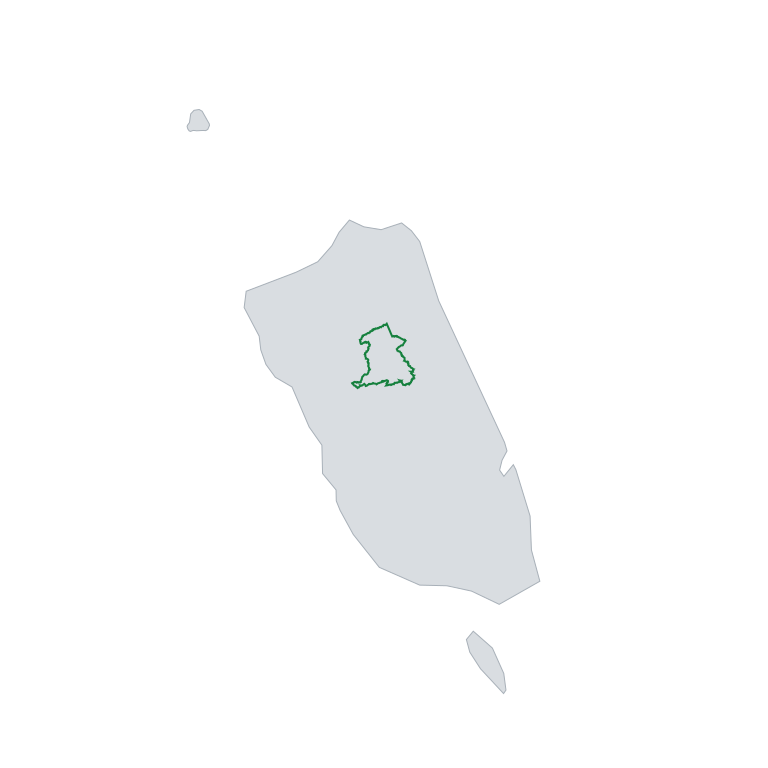 location of Utuado, Puerto Rico, rotated 63°
{"feature_id": "32010507B18801000784875", "entity_name": "Utuado", "entity_type": "district", "adm_level": 2, "iso_a3": "PRI", "parent_name": "Puerto Rico", "parent_adm1": "", "projection": "equal_earth", "projection_center": [-66.695, 18.25], "detail": "fine", "context": "in_parent", "style": "outline", "palette": "green", "viewbox_px": 768, "rotation_deg": 63, "n_neighbors": 0, "source": "geoboundaries", "source_scale": "gbopen_adm2", "svg_char_len": 5970}
<svg xmlns="http://www.w3.org/2000/svg" viewBox="0 0 768 768"><g transform="rotate(63 384 384)"><path d="M505.5,313.4L513.2,320.1L520.7,319.1L514.6,305.4L520.2,305.4L568.0,313.8L598.8,328.0L630.5,334.7L632.6,381.4L608.2,400.1L592.3,419.6L579.4,443.5L545.3,471.4L504.1,479.7L476.8,480.5L466.5,479.6L456.6,474.8L435.9,479.4L410.3,467.1L388.4,470.2L344.9,467.3L328.6,477.8L313.0,480.3L297.7,478.3L284.7,473.5L252.4,473.9L238.8,464.7L244.5,411.5L245.0,387.5L237.1,367.6L228.4,355.1L222.2,340.4L234.8,330.6L245.2,316.5L248.5,295.2L259.9,290.0L273.3,287.5L334.8,297.5L490.7,303.1L499.5,304.8L505.5,313.4ZM681.5,427.3L661.9,429.3L649.1,426.6L644.8,416.7L668.5,407.3L696.3,408.7L712.1,414.3L714.1,418.0L681.5,427.3ZM70.0,442.7L67.7,443.0L65.3,442.6L64.3,441.7L62.7,438.6L55.6,433.6L53.9,429.0L55.5,424.1L58.4,422.2L72.9,421.6L74.4,422.1L77.2,425.5L77.3,427.8L75.9,430.2L73.3,436.0L72.3,437.5L71.4,439.0L71.1,441.7L70.0,442.7Z" fill="#d9dde1" stroke="#a8b0b8" stroke-width="1"/><path d="M386.2,352.6L385.6,352.5L385.0,352.1L384.9,351.5L384.3,351.5L384.2,351.0L383.8,351.4L383.2,351.4L382.6,351.7L381.9,352.5L380.8,352.7L380.0,352.6L379.9,353.1L379.3,353.6L378.9,353.6L378.2,353.8L377.5,353.1L377.3,353.3L376.6,353.5L375.8,353.1L375.5,352.5L374.9,352.6L374.6,352.9L374.4,353.9L374.0,354.4L373.6,354.7L372.6,355.1L372.4,355.4L372.0,354.7L371.3,354.5L370.7,354.2L370.1,353.8L369.3,354.1L368.2,354.8L367.6,354.6L367.3,355.1L367.2,355.0L366.7,354.9L366.1,355.3L365.8,355.3L365.5,354.8L365.1,354.9L364.1,354.6L363.4,355.1L362.3,355.1L361.8,355.6L361.4,356.4L360.8,356.5L360.4,356.9L360.2,356.8L359.1,356.9L358.7,356.8L358.6,356.2L358.2,355.5L358.0,354.3L357.7,354.1L357.7,353.6L357.8,352.9L357.6,352.0L357.4,351.4L357.4,350.9L357.9,350.3L358.1,349.8L357.9,349.4L357.2,348.7L355.4,345.4L355.1,345.8L354.4,346.0L354.0,345.4L353.5,345.9L353.2,346.7L352.7,347.2L352.1,347.4L351.5,348.0L349.9,348.9L349.4,349.5L349.0,349.6L348.7,349.7L348.3,350.4L347.8,350.7L347.5,350.6L347.4,351.3L346.7,351.3L346.5,352.1L346.5,352.8L346.2,352.6L345.9,353.3L345.5,353.7L345.4,355.1L341.8,354.9L339.5,354.7L339.3,354.7L331.6,354.2L331.8,354.6L331.8,355.3L332.2,355.9L331.2,357.1L331.3,357.4L331.3,358.0L332.0,358.5L331.7,358.9L331.8,360.3L332.1,360.9L331.5,361.3L331.4,361.9L331.6,362.6L331.4,363.5L331.8,363.5L331.8,363.8L331.6,364.1L331.4,364.8L331.5,365.1L331.2,365.6L330.9,365.8L330.6,366.3L330.6,366.9L330.2,367.0L330.8,367.1L330.6,367.7L330.9,367.8L330.6,368.4L330.3,368.6L330.5,369.0L330.4,369.5L331.2,369.5L331.3,370.0L331.1,370.1L331.3,371.2L330.9,371.8L330.9,372.4L331.7,373.2L331.5,374.0L331.8,374.5L331.6,374.7L331.2,375.4L331.5,376.5L331.5,377.2L331.7,377.6L331.4,377.8L331.4,378.6L331.5,379.1L331.3,379.6L331.2,380.8L331.6,380.7L332.0,381.1L332.0,381.5L332.2,381.9L332.2,382.3L333.0,383.2L333.7,383.7L333.8,384.0L333.7,385.4L334.4,385.4L334.7,385.8L335.3,385.9L335.6,385.7L336.0,386.1L336.3,386.1L337.2,386.4L337.9,386.3L338.3,385.5L338.0,384.2L338.0,383.7L338.2,383.1L338.0,382.9L338.2,382.1L337.9,382.1L337.9,381.4L338.3,380.9L338.9,381.0L339.0,381.3L339.3,381.1L339.2,380.2L339.5,379.9L339.4,378.9L340.8,378.9L341.4,379.3L341.8,379.3L342.4,378.7L342.6,378.7L343.7,379.8L343.6,380.1L344.0,381.2L344.4,381.4L344.6,381.8L345.6,381.7L346.1,382.5L346.8,383.0L347.0,384.0L347.3,384.5L347.6,384.7L347.6,385.1L347.3,385.2L347.8,385.7L348.0,386.3L347.9,386.9L348.4,387.2L348.9,387.2L349.1,387.8L349.6,387.6L350.2,387.6L351.0,388.2L351.6,388.2L352.2,388.1L352.7,388.4L353.2,388.7L354.0,387.5L355.0,387.0L355.5,387.1L356.3,387.8L356.8,388.6L357.3,388.5L358.0,388.2L358.4,388.7L359.0,388.5L359.2,388.8L359.6,388.9L360.2,389.5L360.5,389.4L361.1,390.0L362.7,389.9L363.0,390.2L363.9,390.5L364.6,389.9L364.9,390.3L365.1,391.6L365.9,392.1L366.2,392.2L366.4,392.5L367.7,394.2L367.7,394.4L367.7,394.8L367.7,395.5L367.3,396.1L366.7,396.6L366.8,397.6L367.5,399.0L367.6,399.6L367.9,400.3L368.4,400.5L369.0,401.3L369.8,401.7L370.0,402.2L370.4,402.4L371.1,403.7L371.3,403.6L371.8,403.8L371.8,404.8L371.2,405.4L371.1,406.3L370.6,406.6L370.3,406.5L370.1,406.8L370.5,407.1L370.4,407.8L369.7,408.2L368.8,409.0L368.7,410.0L369.0,410.4L369.1,411.1L368.8,411.3L368.8,412.1L369.1,412.1L370.0,411.3L370.4,411.4L370.6,411.6L372.0,411.2L372.3,410.6L372.9,410.1L373.8,410.2L374.4,409.5L374.7,409.3L375.4,409.5L375.6,409.4L375.4,408.8L375.6,408.0L375.3,407.7L375.1,406.9L375.1,405.8L374.4,405.8L374.7,405.4L375.1,404.5L375.4,404.4L375.4,403.7L375.1,402.6L374.9,401.5L376.1,401.1L377.5,401.2L377.7,400.3L377.7,399.6L377.4,399.1L377.5,398.0L377.1,397.4L377.3,396.9L377.8,396.6L378.1,395.5L378.0,395.3L378.4,394.6L378.1,393.3L378.3,393.1L378.8,393.1L379.5,391.9L380.1,391.1L380.4,390.8L380.9,390.8L380.9,390.3L380.6,388.7L381.0,387.9L380.9,387.2L381.3,385.5L380.5,384.5L380.5,384.0L380.6,383.9L380.8,383.5L381.4,384.4L381.6,383.7L381.8,379.9L382.4,379.3L383.1,379.0L383.4,379.2L383.7,379.8L384.0,379.7L384.3,380.9L384.7,381.0L384.8,381.6L385.2,381.6L386.0,382.1L386.3,382.7L386.8,381.2L387.0,380.1L386.8,379.8L387.2,379.3L387.5,378.3L388.1,378.2L388.2,377.5L387.9,377.1L388.2,375.9L388.7,375.3L388.5,375.0L388.1,374.6L387.7,374.0L387.7,373.9L388.2,373.4L388.3,372.5L388.5,372.1L388.9,371.9L388.9,371.1L388.8,370.6L389.2,369.8L389.0,369.2L388.5,369.0L388.7,368.4L389.0,368.3L389.0,367.9L388.3,368.1L388.6,367.8L388.6,367.4L388.8,367.3L389.1,367.7L389.2,367.2L389.5,367.7L389.8,367.5L390.0,367.8L390.4,367.4L390.5,367.6L391.2,367.4L392.0,367.4L392.4,367.3L392.9,367.2L393.3,367.4L394.0,366.6L394.4,365.9L394.3,365.0L394.7,365.1L394.6,363.8L394.4,363.4L394.7,362.3L394.7,361.9L395.6,362.0L396.3,362.5L395.7,361.5L395.4,361.4L395.2,360.7L395.3,360.3L394.8,360.0L394.7,359.1L394.0,358.7L394.0,358.3L393.8,358.2L393.5,357.4L392.7,357.4L392.2,356.5L392.6,356.1L392.7,355.2L392.2,355.5L391.7,354.4L391.4,354.6L390.3,354.1L390.1,353.5L389.9,353.8L389.5,353.8L389.3,354.2L388.5,354.3L387.9,354.7L387.3,354.5L386.9,354.9L386.7,354.6L386.3,354.5L386.0,354.1L385.2,354.5L386.2,352.6Z" fill="none" stroke="#15803d" stroke-width="2"/></g></svg>